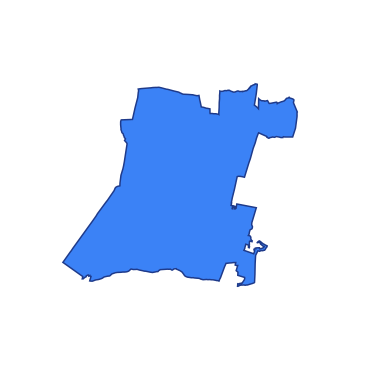 Goiesti, Dolj, Romania, rotated 305°
{"feature_id": "2599482B37441386281384", "entity_name": "Goiesti", "entity_type": "district", "adm_level": 2, "iso_a3": "ROU", "parent_name": "Romania", "parent_adm1": "Dolj", "projection": "orthographic", "projection_center": [23.769, 44.483], "detail": "fine", "context": "isolated", "style": "filled", "palette": "blue", "viewbox_px": 384, "rotation_deg": 305, "n_neighbors": 0, "source": "geoboundaries", "source_scale": "gbopen_adm2", "svg_char_len": 5991}
<svg xmlns="http://www.w3.org/2000/svg" viewBox="0 0 384 384"><g transform="rotate(305 192 192)"><path d="M323.1,224.2L323.6,223.7L325.1,223.1L325.7,222.8L326.0,222.5L326.1,221.8L325.8,220.2L325.1,218.3L325.2,217.5L325.3,217.2L324.5,217.1L322.9,215.7L320.5,215.5L319.4,215.2L318.0,214.2L317.1,213.4L314.6,211.8L314.0,211.2L313.3,211.1L314.1,210.2L314.0,209.6L310.1,205.9L308.8,204.5L308.8,204.4L309.4,203.1L310.2,201.4L308.4,199.8L308.2,199.6L308.3,199.5L307.9,198.6L306.8,196.8L306.6,196.3L306.5,195.5L306.6,193.7L306.7,193.1L298.3,198.7L298.8,196.1L298.9,194.6L298.9,193.3L309.3,188.3L317.2,184.0L317.5,183.8L317.7,183.4L316.8,181.8L316.8,181.7L316.3,181.8L315.8,181.6L315.1,180.9L313.5,180.1L312.9,179.9L312.7,179.5L310.4,179.3L310.6,179.6L310.1,179.6L306.7,178.8L306.3,178.6L305.4,177.6L304.9,177.3L304.0,176.4L303.3,176.0L303.4,175.5L302.8,175.0L302.4,174.4L301.9,173.8L301.6,173.4L301.4,172.3L300.9,171.4L300.5,171.1L298.5,169.8L297.5,168.5L297.4,167.8L296.8,165.6L296.8,164.5L296.6,164.0L296.1,163.6L296.1,163.2L294.9,162.3L294.8,162.1L294.6,161.9L294.2,161.1L293.6,160.4L292.6,159.8L291.6,158.8L290.8,157.4L290.7,156.9L289.5,157.7L287.0,159.1L284.3,161.0L280.9,163.0L276.6,165.9L272.0,168.7L270.9,169.5L270.9,169.4L270.2,167.6L269.7,166.5L268.5,164.8L267.9,163.5L266.7,161.8L267.2,161.3L270.4,159.0L269.4,156.7L268.8,155.6L268.1,153.2L267.0,150.8L270.2,147.4L271.9,145.5L275.1,142.3L274.2,141.4L273.7,140.8L272.8,138.8L272.1,136.9L269.6,132.7L267.0,128.6L266.7,127.3L266.6,126.4L266.4,125.7L266.2,123.9L264.3,119.1L262.2,113.3L261.6,112.2L259.9,107.5L258.8,104.8L258.4,104.3L257.4,103.1L256.8,102.2L255.1,100.0L253.7,98.5L247.5,91.0L245.5,88.9L244.3,90.2L242.7,90.9L238.2,93.4L228.5,97.0L217.3,101.6L210.5,92.7L209.1,93.0L208.1,93.6L206.1,95.0L203.2,97.5L202.3,98.1L201.3,99.6L200.8,100.1L200.5,100.6L200.3,101.2L200.3,101.9L200.0,102.5L199.3,103.2L198.3,104.9L197.8,105.3L197.6,106.0L197.6,106.7L197.4,107.0L197.1,107.1L195.5,107.2L194.8,110.2L194.2,111.2L177.8,119.3L174.3,120.9L171.4,122.1L165.0,124.2L158.0,127.9L155.7,129.4L153.7,127.6L152.2,126.9L151.1,126.8L148.6,127.4L136.1,127.5L135.6,127.4L132.4,127.3L120.1,127.0L117.5,127.2L112.0,127.2L77.4,126.7L74.6,126.8L73.7,126.7L60.3,126.6L60.1,151.0L57.9,151.9L58.5,152.7L59.9,153.0L61.5,153.6L61.6,153.8L62.0,153.9L62.7,153.5L63.8,154.1L64.5,154.5L64.6,154.8L64.6,155.2L64.1,155.5L64.4,155.6L64.9,156.1L64.5,156.2L64.4,156.5L64.9,157.7L60.5,159.2L61.0,160.3L61.6,161.2L62.0,161.7L64.4,163.3L65.0,163.8L66.1,165.0L66.9,165.8L69.0,167.4L70.0,168.0L71.6,168.6L72.2,168.9L74.5,171.0L76.0,172.7L76.6,172.9L79.0,173.4L82.0,175.6L83.4,177.1L85.3,179.6L86.8,181.3L88.0,183.0L89.1,184.2L89.8,184.8L90.7,185.4L92.1,185.9L92.9,185.9L93.8,186.2L94.1,186.6L94.3,187.1L94.8,188.3L96.1,190.1L96.6,190.6L97.2,191.5L98.0,193.9L99.5,197.4L99.7,198.1L100.6,199.6L102.4,203.8L103.4,205.8L105.9,208.2L106.5,208.7L106.8,209.0L107.1,209.6L107.4,209.8L108.8,209.9L109.4,210.3L110.1,210.4L110.3,210.7L114.6,216.0L115.6,217.6L116.4,218.5L116.5,220.3L116.7,220.6L117.0,220.8L118.5,221.3L118.8,221.5L120.1,223.0L119.9,223.2L120.0,224.2L120.1,224.6L120.3,224.9L120.4,226.1L120.6,226.6L120.7,228.2L120.7,229.8L120.1,231.6L119.8,232.6L119.6,232.9L119.2,234.1L119.2,235.1L119.6,237.0L121.1,240.0L121.2,240.4L122.7,242.4L122.7,242.7L123.1,243.5L125.2,247.1L125.6,248.3L125.6,248.9L126.5,251.4L128.8,254.2L129.3,255.3L130.3,256.5L131.5,258.7L132.1,259.5L133.0,261.5L133.6,263.0L134.4,264.4L134.5,265.2L137.0,264.6L137.8,264.6L149.2,261.6L153.1,260.8L153.2,261.0L155.0,263.0L156.8,265.2L157.8,266.2L159.3,268.3L156.9,269.3L157.4,270.8L158.0,271.6L152.9,273.3L152.7,275.6L150.0,277.3L152.2,284.1L151.8,284.5L151.3,284.8L150.2,285.2L146.0,285.3L145.7,284.7L145.1,285.0L144.6,283.7L144.4,283.5L143.7,283.4L143.5,283.1L143.3,282.2L143.0,282.1L142.3,282.6L140.9,283.4L141.1,283.7L143.2,284.9L144.2,286.0L145.0,287.1L145.6,287.8L146.1,289.0L147.1,290.0L147.7,290.8L150.8,293.2L151.5,293.8L152.4,294.4L153.1,294.9L153.7,295.1L154.1,294.9L160.6,290.8L169.4,284.9L175.7,281.0L176.4,280.6L176.9,280.4L181.5,279.7L182.3,281.5L182.7,281.6L183.5,282.1L184.1,282.9L184.4,283.5L184.8,283.9L185.3,284.1L185.7,284.5L185.9,284.8L186.1,284.9L187.3,284.9L189.3,284.7L190.1,284.9L191.0,284.4L190.6,282.4L190.6,281.4L190.4,280.3L190.5,277.6L190.7,276.8L190.6,275.3L190.5,275.1L189.2,274.6L188.0,274.4L187.9,274.6L188.4,274.9L189.0,275.7L189.2,276.1L189.3,276.8L190.0,277.7L189.7,277.9L189.4,277.9L189.0,277.8L188.7,278.0L188.4,281.5L188.5,281.8L188.7,282.3L188.7,282.5L187.7,282.5L186.4,281.9L185.7,281.4L184.4,280.2L184.2,279.9L184.4,279.6L185.0,279.2L183.5,277.2L182.3,276.0L181.9,276.2L181.7,276.1L181.7,276.4L181.3,276.0L180.6,275.6L179.8,276.5L180.0,276.8L179.9,277.0L178.9,277.5L178.4,277.5L176.8,278.0L174.0,268.0L176.0,267.6L176.8,267.2L180.1,266.0L180.9,268.7L178.9,270.1L179.2,270.9L180.4,270.3L180.4,269.9L181.7,269.3L182.4,268.7L184.6,267.4L184.9,267.6L185.1,267.8L185.4,268.7L185.7,269.3L185.7,269.6L186.5,269.4L186.7,268.1L187.4,267.1L188.0,266.5L188.5,266.3L188.8,266.0L189.2,265.1L189.3,264.6L189.2,264.2L188.7,263.1L190.3,262.9L192.1,262.0L194.3,261.3L196.2,262.2L196.8,262.1L197.8,261.7L198.4,261.3L198.9,260.5L199.0,260.2L199.5,259.6L201.2,258.6L216.0,253.7L207.9,235.6L203.9,237.4L203.7,237.1L204.8,236.6L204.6,236.2L202.8,237.0L202.5,236.4L204.8,235.4L204.6,234.8L203.6,235.2L203.4,234.6L204.5,234.1L204.3,233.6L201.5,234.8L201.4,234.4L204.1,233.3L203.4,231.7L205.8,230.7L205.7,230.4L210.7,228.2L218.3,225.3L230.5,220.2L231.4,220.9L232.5,222.6L233.4,224.5L234.2,226.5L248.4,221.9L252.7,220.7L262.8,217.1L268.5,215.6L273.0,214.0L276.7,213.0L278.7,212.6L280.4,221.5L279.8,221.9L280.0,223.9L280.3,224.3L281.0,224.5L283.0,226.3L283.4,226.5L283.6,227.1L284.1,228.2L284.3,228.4L285.2,228.9L285.7,229.2L286.0,229.7L287.1,232.1L287.5,233.4L288.0,234.2L288.6,235.0L288.7,234.9L289.8,235.3L289.9,235.8L290.8,237.2L294.8,242.9L303.6,240.2L313.6,235.0L314.6,234.4L317.1,232.6L317.5,232.4L317.9,232.4L323.1,224.2Z" fill="#3b82f6" stroke="#1e3a8a" stroke-width="1.5"/></g></svg>